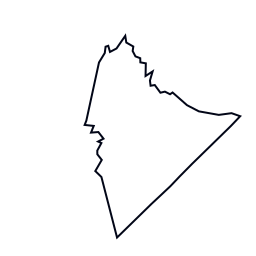 the district of McCreary, Kentucky, United States of America, rotated 314°
{"feature_id": "52423323B49064282792865", "entity_name": "McCreary", "entity_type": "district", "adm_level": 2, "iso_a3": "USA", "parent_name": "United States of America", "parent_adm1": "Kentucky", "projection": "mercator", "projection_center": [-84.43, 36.777], "detail": "fine", "context": "isolated", "style": "outline", "palette": "ink", "viewbox_px": 256, "rotation_deg": 314, "n_neighbors": 0, "source": "geoboundaries", "source_scale": "gbopen_adm2", "svg_char_len": 727}
<svg xmlns="http://www.w3.org/2000/svg" viewBox="0 0 256 256"><g transform="rotate(314 128 128)"><path d="M41.6,196.2L89.7,197.6L115.4,198.9L128.9,198.8L146.8,199.0L200.7,200.6L203.7,200.6L214.4,200.5L210.6,192.2L200.5,184.2L189.2,167.4L185.4,154.6L184.5,135.4L181.5,134.8L179.8,129.3L175.9,126.8L177.5,117.4L174.1,114.9L177.4,110.8L185.8,106.4L177.6,104.5L186.9,95.9L183.8,91.3L186.7,88.3L184.7,83.6L186.6,77.9L190.3,75.2L188.3,67.4L192.4,62.0L177.2,64.5L170.2,62.2L173.4,56.7L170.9,55.4L165.8,59.2L155.0,61.6L104.4,92.9L100.1,94.7L105.7,101.9L99.0,104.6L104.5,109.5L103.3,117.8L97.5,115.9L98.7,119.3L90.4,121.6L87.8,124.2L86.8,131.3L74.3,134.4L74.3,142.9L41.6,196.2Z" fill="none" stroke="#020617" stroke-width="2"/></g></svg>